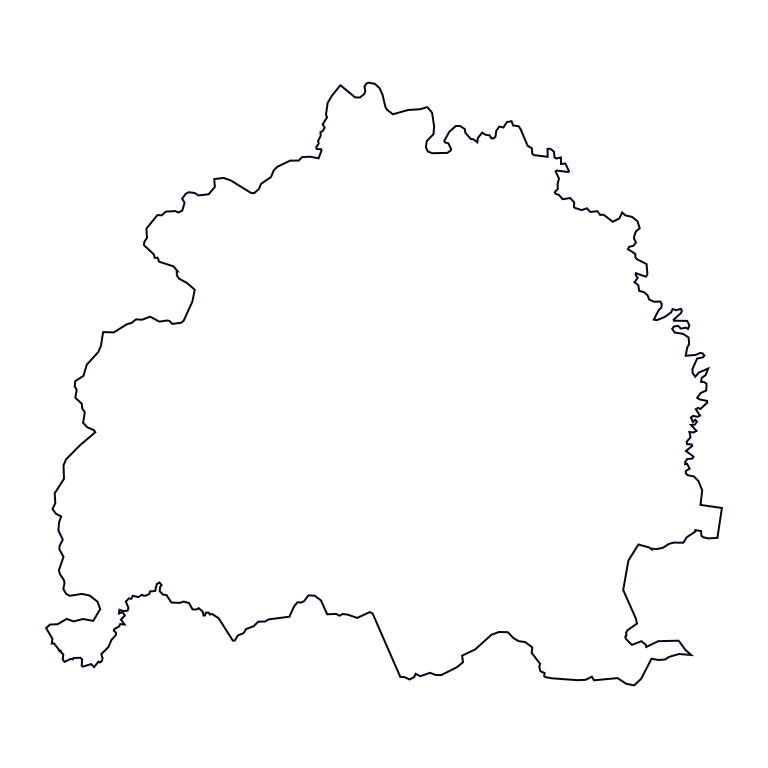 the district of Comoe, Komoé, Burkina Faso, rotated 180°
{"feature_id": "67063806B6461887322435", "entity_name": "Comoe", "entity_type": "district", "adm_level": 2, "iso_a3": "BFA", "parent_name": "Burkina Faso", "parent_adm1": "Komoé", "projection": "orthographic", "projection_center": [-4.497, 10.243], "detail": "fine", "context": "isolated", "style": "outline", "palette": "ink", "viewbox_px": 768, "rotation_deg": 180, "n_neighbors": 0, "source": "geoboundaries", "source_scale": "gbopen_adm2", "svg_char_len": 6048}
<svg xmlns="http://www.w3.org/2000/svg" viewBox="0 0 768 768"><g transform="rotate(180 384 384)"><path d="M703.5,106.1L697.4,109.1L695.2,108.6L694.5,110.0L687.6,110.2L685.9,108.5L686.3,102.3L685.1,101.4L676.9,103.9L673.9,100.9L669.6,106.4L668.2,105.5L666.2,106.8L665.4,109.7L666.7,113.9L659.6,120.9L656.5,128.2L652.1,133.0L652.0,135.3L654.2,137.3L653.7,138.9L648.7,141.7L647.9,143.9L643.4,143.5L647.1,148.4L643.2,152.4L645.3,155.9L649.0,154.5L648.6,158.2L644.7,156.9L640.5,157.3L639.5,160.1L642.2,166.4L639.1,169.6L636.7,169.2L635.3,172.2L629.6,170.9L626.1,173.3L624.0,172.1L621.4,172.7L618.6,174.1L617.9,176.6L612.8,177.0L611.2,183.9L608.6,185.5L606.4,183.0L607.9,181.0L608.3,176.8L605.1,173.5L601.4,172.8L596.7,165.5L588.1,165.1L584.5,166.4L579.0,165.0L575.5,158.6L571.4,158.5L569.3,159.8L565.4,156.5L564.5,152.5L563.0,152.5L562.2,155.3L559.3,155.4L558.2,153.5L555.9,154.0L549.4,149.8L535.1,127.3L533.2,127.5L530.2,132.5L524.4,134.9L521.8,139.0L514.3,141.8L509.8,146.3L502.9,146.5L499.4,148.6L478.6,151.3L473.8,161.8L470.6,165.7L466.7,165.5L463.9,166.8L459.6,172.6L453.5,172.3L447.1,167.7L440.8,153.7L431.9,154.1L428.5,152.3L425.3,154.0L420.4,153.4L410.8,150.1L398.3,155.9L395.4,154.5L367.7,91.1L363.3,90.8L358.3,88.5L353.9,90.9L352.4,94.2L347.7,91.8L338.0,95.2L332.6,93.1L327.0,92.8L311.2,100.7L305.0,105.8L305.9,112.3L292.8,118.6L276.6,133.2L269.1,136.0L260.2,135.8L254.6,130.0L249.5,126.9L242.8,125.9L235.7,120.7L236.3,115.1L228.0,104.3L228.7,101.3L227.6,96.7L223.4,95.0L223.8,91.7L222.7,90.9L216.1,89.7L190.5,87.8L182.3,88.2L176.2,91.3L174.0,87.7L150.4,89.9L141.9,84.3L133.9,82.6L126.9,89.1L116.5,109.3L109.8,108.0L102.9,108.5L99.0,111.1L89.0,114.0L76.7,113.0L82.7,118.2L89.3,127.3L109.8,126.8L121.8,121.0L122.2,123.2L126.6,126.8L136.1,123.1L142.0,129.0L142.8,131.3L141.5,132.5L142.0,135.1L140.5,137.8L131.0,144.4L132.1,149.4L144.8,178.0L139.6,207.4L129.6,223.5L118.7,220.5L116.3,218.6L116.3,219.4L111.6,218.9L105.3,220.1L98.9,224.2L94.2,225.4L84.6,225.3L81.3,230.7L72.8,236.4L72.8,237.8L67.0,237.0L66.5,232.1L64.9,230.8L59.8,229.6L50.6,230.1L46.1,260.0L67.5,263.1L65.8,277.7L69.6,287.0L74.1,291.6L80.4,292.8L82.3,294.9L82.2,297.0L78.3,299.4L81.1,304.4L82.9,303.8L82.7,306.4L80.7,309.0L75.7,309.4L74.4,311.3L82.1,317.1L75.7,322.1L76.4,323.6L80.9,323.8L81.4,326.1L77.5,330.8L78.6,336.0L74.7,335.5L71.5,337.1L77.1,343.1L73.1,343.4L71.1,346.4L72.8,348.2L75.1,346.1L77.1,350.5L74.8,352.1L70.8,351.2L67.9,352.4L72.2,358.8L69.9,360.1L67.7,359.0L60.8,365.3L61.0,367.1L68.5,368.6L70.8,370.2L67.3,375.0L61.8,377.5L61.4,384.1L64.0,386.0L67.0,386.1L66.3,390.2L62.5,392.7L59.8,399.5L69.2,395.4L72.7,391.2L75.3,394.9L75.6,398.9L70.9,409.4L65.0,410.7L63.6,412.4L65.5,414.7L67.9,415.0L72.3,413.1L82.3,412.2L80.8,420.5L78.9,423.7L79.4,430.5L84.8,434.1L93.4,435.5L95.8,439.2L94.0,441.5L89.8,442.1L87.1,439.4L82.2,440.3L80.0,439.1L78.6,442.9L80.9,447.1L94.1,447.3L94.3,448.4L87.0,455.0L86.1,457.1L87.1,459.1L91.9,457.8L95.3,459.0L97.0,455.5L103.5,450.9L111.2,447.8L114.2,448.4L109.1,458.2L106.7,460.3L106.2,464.0L107.8,466.5L113.9,466.2L118.8,468.5L120.4,472.7L123.9,475.8L128.8,477.1L129.7,482.8L133.5,485.7L130.3,490.3L132.3,492.8L132.1,494.8L122.2,491.3L120.6,493.6L121.4,503.9L131.1,508.8L132.6,510.7L132.7,514.1L140.1,518.8L138.8,521.3L134.9,522.0L132.0,525.4L134.0,529.4L133.5,532.9L131.9,536.8L128.3,539.6L130.5,546.7L135.9,551.1L142.8,552.7L145.8,555.5L148.7,549.6L155.2,546.2L164.2,553.2L167.9,553.1L170.5,556.8L177.7,556.0L181.1,559.7L186.3,557.9L192.9,560.0L194.0,560.9L193.8,565.6L197.9,570.0L205.3,568.8L209.1,573.1L212.4,574.2L213.3,575.7L210.2,579.0L210.4,584.3L209.0,589.4L212.4,596.6L211.5,597.5L199.8,596.0L199.0,596.8L202.7,604.5L207.0,604.0L207.1,610.5L211.8,609.5L213.5,610.7L214.1,616.4L217.8,619.3L220.5,619.1L220.3,611.2L234.2,612.9L235.8,614.3L236.1,619.6L240.4,622.3L247.4,638.8L249.4,641.8L254.8,642.5L256.5,646.8L261.1,645.9L264.6,640.5L268.7,641.4L271.7,637.3L272.6,631.1L274.6,629.6L276.6,629.6L278.4,632.7L282.4,633.2L285.8,635.4L290.1,630.1L290.7,625.7L294.5,628.7L297.3,629.1L302.6,635.2L303.3,639.0L307.7,641.9L312.1,642.1L318.8,636.1L323.8,627.1L323.0,625.6L319.5,624.6L316.8,618.7L317.4,617.4L320.6,615.1L335.7,614.8L340.2,616.5L342.1,620.7L341.2,627.0L334.5,633.8L333.9,641.7L335.9,655.2L339.8,659.9L341.0,660.9L347.6,658.8L360.1,658.0L375.1,653.7L381.1,658.4L382.6,661.1L385.5,673.4L388.4,679.7L393.0,684.1L399.5,685.4L401.9,684.3L403.5,681.4L402.7,677.0L403.8,673.9L408.1,670.5L412.9,670.6L427.6,682.8L436.0,672.4L440.4,665.0L442.0,653.6L441.0,650.5L445.3,643.7L443.3,640.3L445.5,636.7L447.5,635.9L447.3,632.2L449.9,627.0L449.3,624.6L451.8,620.5L451.2,618.9L446.8,618.8L446.4,617.8L449.4,609.7L457.9,611.3L465.8,610.9L469.3,607.4L477.8,607.4L490.9,601.1L494.2,597.8L497.0,591.0L507.0,584.1L509.0,579.1L513.9,574.8L516.9,575.0L537.3,587.6L544.4,590.1L553.8,588.9L553.1,581.1L559.4,573.7L569.5,572.6L573.4,575.0L579.1,575.8L582.1,574.3L585.9,569.4L583.4,565.3L585.8,557.3L589.7,555.5L592.6,556.9L602.2,556.4L606.2,552.7L610.6,552.9L621.6,539.4L621.0,530.1L623.6,526.3L624.1,522.9L614.2,513.6L613.3,510.1L610.4,510.3L608.9,506.3L594.4,501.6L590.3,496.6L591.3,496.6L591.1,492.7L589.1,489.4L581.1,485.1L573.3,478.3L575.6,466.5L584.3,447.3L586.8,445.2L595.7,444.1L598.6,447.1L601.0,447.5L608.7,446.4L617.9,451.3L625.8,448.3L632.0,448.6L636.5,445.0L640.9,443.9L654.2,435.6L664.9,435.9L667.0,422.4L669.6,416.1L681.2,403.4L684.5,392.2L692.7,386.9L693.3,381.7L691.3,378.1L692.7,370.3L686.2,364.2L685.8,359.5L683.2,355.8L684.9,345.1L680.7,340.7L674.1,337.9L672.7,335.7L688.0,322.8L701.9,308.7L704.5,302.7L704.0,289.2L713.3,274.7L712.7,264.8L715.5,258.9L712.0,254.2L706.8,251.6L708.9,245.8L709.6,237.5L705.2,228.3L708.4,222.2L708.7,218.8L704.5,211.1L709.1,197.8L708.1,193.9L704.1,187.9L703.5,184.8L704.7,179.0L701.8,174.1L698.3,172.2L686.1,174.1L678.4,172.5L670.5,166.3L667.8,158.9L674.8,147.1L684.9,149.0L694.4,146.6L701.2,149.1L710.4,143.8L718.1,143.4L721.9,139.9L715.6,129.3L716.2,124.4L714.1,124.7L708.6,117.7L706.4,116.9L708.2,116.9L704.7,113.6L705.3,108.7L703.5,106.1Z" fill="none" stroke="#020617" stroke-width="2"/></g></svg>